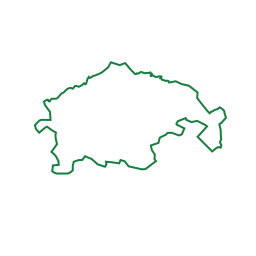 the district of Kusada, Katsina, Nigeria, rotated 232°
{"feature_id": "59680162B88881037507986", "entity_name": "Kusada", "entity_type": "district", "adm_level": 2, "iso_a3": "NGA", "parent_name": "Nigeria", "parent_adm1": "Katsina", "projection": "natural_earth1", "projection_center": [7.948, 12.456], "detail": "fine", "context": "isolated", "style": "outline", "palette": "green", "viewbox_px": 256, "rotation_deg": 232, "n_neighbors": 0, "source": "geoboundaries", "source_scale": "gbopen_adm2", "svg_char_len": 2590}
<svg xmlns="http://www.w3.org/2000/svg" viewBox="0 0 256 256"><g transform="rotate(232 128 128)"><path d="M128.5,55.6L128.6,58.4L131.9,60.9L134.8,64.5L133.1,69.3L131.0,72.2L132.2,76.8L125.8,80.3L117.9,81.8L111.7,86.0L112.2,87.6L112.4,88.0L112.9,88.8L113.5,89.1L114.1,89.5L115.0,89.9L111.2,93.9L105.6,99.3L107.3,102.4L103.8,104.9L97.4,104.9L87.0,113.4L84.9,116.4L84.7,129.7L87.2,129.7L87.3,129.8L89.5,131.8L90.6,132.8L95.7,133.2L95.9,133.2L99.7,135.0L99.8,135.0L100.1,135.6L97.5,142.8L100.3,146.4L100.8,147.2L100.6,148.1L100.5,148.9L100.0,151.1L99.4,153.7L99.4,153.8L99.8,156.2L97.3,159.5L93.7,161.8L90.8,163.5L90.3,165.1L89.9,166.4L89.9,166.5L93.0,172.2L100.3,168.6L101.5,168.7L102.7,171.3L100.3,179.5L98.5,179.0L93.6,181.6L91.7,185.5L91.0,186.9L83.0,190.7L82.8,190.7L82.7,190.8L80.6,191.3L78.2,177.4L57.7,179.9L57.8,185.7L57.1,187.7L55.5,188.9L57.0,191.0L59.5,191.5L60.1,191.6L61.3,193.8L62.7,195.0L63.0,195.2L69.4,199.8L74.8,202.4L74.5,204.9L75.8,211.6L78.2,212.4L79.5,212.9L82.4,214.3L84.4,214.1L86.0,213.7L87.8,212.9L87.8,210.4L88.2,209.0L89.0,207.2L89.0,205.3L89.6,203.2L89.3,201.4L92.9,201.0L108.9,200.9L113.2,204.7L121.6,202.6L123.7,202.1L129.6,197.3L135.5,194.3L138.5,188.4L139.3,188.3L140.1,188.8L141.3,187.9L141.9,186.6L143.6,185.7L144.5,184.8L145.0,184.6L146.4,184.8L147.3,184.0L147.7,184.8L147.9,185.9L148.4,185.7L149.7,184.2L150.2,182.3L150.8,181.7L152.0,180.7L153.8,180.1L154.6,179.7L154.5,178.4L154.8,178.1L155.7,178.4L155.6,179.9L156.2,180.2L157.5,179.7L158.1,179.7L158.3,178.5L159.1,177.8L160.9,174.9L161.3,174.4L162.4,174.0L163.3,173.4L164.2,172.7L164.3,171.1L164.5,169.7L165.2,169.2L165.6,168.5L165.5,167.7L166.1,166.8L171.8,166.1L180.9,165.7L182.7,160.1L190.3,155.0L188.0,149.6L187.9,141.3L188.6,138.1L189.1,136.3L189.5,134.6L190.5,132.6L190.6,129.8L191.2,128.4L192.3,128.6L192.0,127.6L191.6,126.3L188.9,122.6L188.6,122.0L188.8,121.2L190.3,120.9L190.4,120.5L190.2,119.6L190.1,117.6L190.6,115.3L190.8,114.6L192.4,113.6L193.7,112.2L193.4,110.7L193.0,108.9L193.2,108.4L193.8,108.2L194.8,107.7L195.2,107.1L195.7,105.9L196.1,104.2L196.0,101.9L195.6,99.3L196.1,96.4L195.3,92.7L195.0,90.2L195.6,89.0L198.0,85.9L197.8,83.9L197.2,82.8L197.6,82.1L198.2,81.9L198.8,82.1L199.5,82.3L200.1,81.6L200.3,80.6L200.5,78.6L200.5,78.0L197.1,76.7L188.6,76.4L182.1,71.9L187.9,64.5L188.4,62.6L187.6,56.5L184.4,55.0L182.7,54.9L179.0,55.1L179.3,62.2L178.9,65.0L173.8,66.5L171.3,67.3L168.8,68.4L167.3,66.7L164.5,64.7L159.0,62.1L156.3,53.0L150.9,53.9L144.9,52.9L141.6,50.7L144.7,45.8L140.6,41.7L138.0,42.5L136.0,43.8L129.1,52.6L128.5,55.6Z" fill="none" stroke="#15803d" stroke-width="2"/></g></svg>